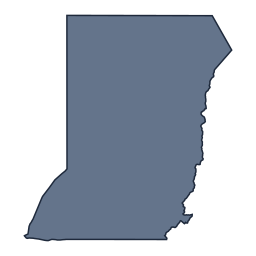 outline of Angaco, San Juan, Argentina
{"feature_id": "61730980B81698180684339", "entity_name": "Angaco", "entity_type": "district", "adm_level": 2, "iso_a3": "ARG", "parent_name": "Argentina", "parent_adm1": "San Juan", "projection": "equal_earth", "projection_center": [-68.042, -31.197], "detail": "fine", "context": "isolated", "style": "filled", "palette": "slate", "viewbox_px": 256, "rotation_deg": 0, "n_neighbors": 0, "source": "geoboundaries", "source_scale": "gbopen_adm2", "svg_char_len": 5703}
<svg xmlns="http://www.w3.org/2000/svg" viewBox="0 0 256 256"><path d="M26.9,238.2L27.7,238.3L27.8,238.2L28.5,238.1L29.3,238.0L29.5,238.0L30.9,238.1L33.0,238.2L34.6,238.5L38.6,239.0L41.5,239.6L42.9,239.9L43.3,240.0L44.4,240.2L44.8,240.3L46.2,240.5L47.8,240.6L48.0,240.6L48.3,240.6L49.9,240.0L51.3,239.5L51.8,239.4L52.7,239.4L54.1,239.5L55.1,239.6L55.5,239.6L57.3,240.0L57.5,240.0L59.8,240.0L60.1,240.0L62.5,239.7L63.7,239.6L64.0,239.6L65.2,239.5L66.1,239.4L71.1,239.4L75.6,239.4L102.6,239.4L166.6,239.5L166.9,238.2L164.7,235.6L165.6,234.8L165.9,233.1L167.0,232.0L168.4,231.2L169.5,229.8L170.6,229.1L171.1,227.8L171.3,227.4L172.1,227.1L173.6,227.1L174.3,227.3L174.7,227.5L175.1,227.5L175.5,227.3L176.0,226.9L176.7,226.2L177.0,225.7L177.3,225.0L177.8,224.5L178.2,223.8L178.8,223.2L179.3,222.7L179.7,222.2L180.1,221.2L180.4,220.8L180.7,220.7L181.0,220.8L181.6,221.3L181.9,221.6L182.4,221.9L182.8,222.4L183.3,222.7L183.6,223.0L184.0,223.4L184.3,223.6L184.5,223.7L185.0,223.3L185.2,223.0L185.3,222.6L185.6,222.3L185.9,222.5L186.1,222.8L186.3,222.9L186.6,223.0L187.1,223.1L187.5,223.0L187.7,222.5L187.8,222.1L187.9,221.5L188.0,221.2L188.7,220.5L189.2,219.8L189.6,218.9L190.1,218.0L190.3,217.7L191.7,216.6L192.1,216.1L192.1,215.6L192.2,215.1L192.2,214.8L192.2,214.4L189.6,215.1L188.6,214.9L187.2,215.0L186.3,214.8L185.3,215.1L184.5,215.0L183.4,214.6L183.1,214.2L183.0,213.8L183.1,213.6L184.0,213.0L184.4,212.5L184.5,212.1L184.5,211.7L184.5,211.3L184.2,211.2L183.9,210.8L183.9,210.5L184.3,210.0L184.6,209.2L184.9,207.8L184.8,207.4L184.6,207.3L184.2,207.0L183.9,206.9L183.3,206.6L183.3,206.3L183.3,205.9L183.4,205.4L183.5,204.9L183.3,204.6L183.1,204.3L182.9,204.0L182.7,203.7L182.3,203.4L182.2,203.0L183.0,202.1L183.6,201.5L184.4,200.6L184.7,200.2L184.8,199.9L184.9,199.6L184.9,199.3L185.5,198.8L185.8,198.6L186.1,198.5L186.4,198.2L186.7,197.8L187.3,197.0L187.6,196.6L188.0,195.9L188.5,195.3L188.6,195.1L189.1,194.5L189.3,194.2L189.8,193.0L189.9,192.8L190.4,192.4L191.0,192.1L192.2,191.5L192.4,191.5L192.6,191.4L193.1,191.0L193.2,190.5L193.2,190.2L193.2,189.2L193.4,188.8L193.6,188.6L194.0,188.2L194.2,187.9L194.3,187.7L194.4,186.8L194.3,186.7L194.4,186.3L194.5,185.9L194.6,185.5L194.8,185.2L194.6,185.1L194.5,184.7L194.4,184.3L194.2,184.1L194.1,183.7L194.1,183.3L194.1,183.1L194.0,182.8L193.7,182.4L193.6,182.2L193.5,181.9L193.4,181.7L193.4,181.3L193.4,180.9L193.4,180.5L193.5,180.3L194.0,179.6L194.1,179.2L194.2,178.7L194.4,178.0L194.4,177.3L194.5,177.0L194.4,176.8L194.8,176.2L195.2,175.5L195.6,174.7L195.5,174.3L195.3,173.9L195.2,173.5L195.3,173.3L195.4,173.1L195.6,172.8L195.7,172.6L195.8,172.2L195.9,171.7L195.9,170.9L195.9,170.4L195.9,169.6L195.8,169.0L195.8,168.8L195.6,168.6L195.1,167.9L195.0,167.4L195.1,167.2L195.4,166.6L195.7,165.9L195.8,165.5L196.0,165.1L196.1,164.9L196.6,164.5L196.8,164.4L197.1,164.3L197.4,164.3L197.6,164.4L198.0,164.5L198.6,164.6L199.0,164.5L199.3,164.5L199.7,164.6L200.1,164.4L200.1,164.2L200.2,163.5L200.4,162.6L200.6,161.8L200.8,161.5L201.1,161.0L201.3,160.7L201.6,160.5L201.8,160.3L202.1,160.2L202.5,160.1L202.8,159.9L203.1,159.2L203.1,158.6L202.8,158.4L202.5,157.8L202.4,157.1L202.4,156.8L202.4,156.3L202.6,155.7L202.6,155.4L202.6,154.5L202.6,154.3L202.8,154.0L202.9,153.7L202.6,152.1L202.3,151.5L202.2,151.0L202.2,150.8L202.1,150.5L201.7,149.9L201.7,149.4L201.8,149.2L201.9,148.9L201.9,148.6L201.8,148.3L201.7,148.0L201.5,147.8L201.4,147.3L201.5,147.0L202.3,145.4L202.4,144.9L202.3,144.1L202.3,142.5L202.4,142.1L202.4,141.9L202.3,141.7L202.0,141.2L201.7,140.6L201.6,140.3L201.7,139.7L201.9,139.0L202.1,138.3L202.3,137.6L202.3,137.2L202.2,137.0L201.9,136.2L201.9,135.9L202.1,135.6L202.3,135.0L202.5,134.8L202.6,134.3L202.6,133.4L202.7,131.9L202.6,131.3L202.5,131.1L202.3,130.9L202.0,130.7L201.8,130.5L201.8,130.1L201.8,129.5L201.9,129.1L202.0,128.5L201.7,128.0L201.6,127.6L201.4,127.3L201.1,126.8L200.9,126.5L200.8,126.1L201.0,125.4L201.2,125.1L201.5,124.8L201.7,124.5L201.9,124.2L202.3,123.9L203.4,123.2L204.2,122.8L205.0,122.0L205.2,121.7L205.3,121.3L205.2,121.0L205.1,120.5L205.0,120.0L205.1,119.3L205.0,119.0L204.8,118.8L204.7,118.7L204.5,117.6L204.3,117.2L204.2,117.0L203.1,116.3L202.3,115.7L202.0,115.3L201.6,115.0L201.2,114.4L201.1,114.0L201.1,113.6L201.2,112.5L201.3,112.1L201.5,111.9L201.8,111.9L202.0,111.9L202.3,111.7L202.7,111.2L203.0,111.0L203.2,110.9L203.6,110.8L203.9,110.6L204.0,110.4L204.2,109.9L204.3,109.8L204.6,109.7L204.9,109.1L205.1,108.7L205.4,108.7L205.9,108.7L206.2,108.4L206.2,108.1L206.1,107.5L206.0,107.1L206.0,106.9L206.0,106.5L206.0,106.2L205.9,105.8L205.6,105.1L205.4,104.2L205.3,103.7L205.2,103.4L205.3,103.1L205.3,102.7L205.5,102.2L205.6,101.9L205.8,101.4L205.8,101.2L205.8,100.9L205.8,99.5L205.7,98.7L205.6,98.1L205.5,97.8L205.5,97.4L205.5,97.0L205.5,96.3L205.4,96.0L205.3,95.5L205.3,95.1L205.4,94.6L205.5,94.0L205.5,93.7L205.6,93.4L205.7,92.8L205.8,92.6L206.0,92.3L206.6,91.4L207.1,91.2L207.8,90.7L208.1,90.3L208.5,89.5L208.8,89.0L209.3,88.3L209.9,87.6L210.0,87.4L210.0,87.1L209.8,86.7L209.6,86.5L209.4,86.0L209.3,85.8L209.3,85.4L209.4,85.0L209.7,84.4L209.8,84.2L209.9,82.5L209.9,82.0L209.8,81.8L209.9,81.6L210.0,81.3L210.2,80.6L210.5,80.1L211.0,79.3L211.3,78.8L212.0,77.9L212.3,77.6L212.5,77.4L212.9,77.2L213.5,76.8L213.6,76.5L213.8,76.1L213.8,75.8L213.6,75.2L213.4,74.8L213.4,74.5L213.5,74.1L213.4,73.7L213.5,73.4L213.6,73.2L213.7,72.9L214.0,72.4L214.2,72.0L214.2,71.8L214.2,71.4L214.2,71.1L214.2,70.9L214.6,69.7L231.7,50.1L212.2,15.7L66.9,15.4L67.0,168.9L65.1,171.1L62.1,173.5L54.9,179.9L49.5,187.4L42.6,196.4L41.7,198.3L34.5,215.6L33.0,219.2L32.0,220.8L31.7,221.5L30.9,222.8L29.9,224.1L29.8,224.6L29.1,226.3L28.0,234.0L24.8,235.5L24.4,235.8L26.3,238.0L26.5,238.1L26.9,238.2Z" fill="#64748b" stroke="#1e293b" stroke-width="1.5"/></svg>